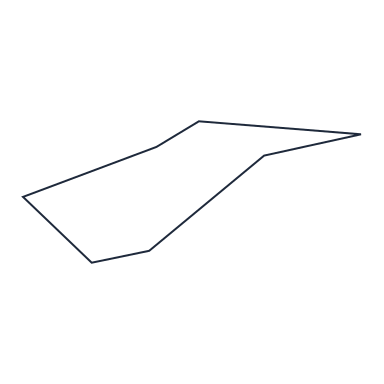 SVG path tracing the border of American Samoa
{"feature_id": "ASM", "entity_name": "American Samoa", "entity_type": "country or territory", "adm_level": 0, "iso_a3": "ASM", "parent_name": "Oceania", "parent_adm1": "", "projection": "orthographic", "projection_center": [-170.708, -14.309], "detail": "fine", "context": "isolated", "style": "outline", "palette": "slate", "viewbox_px": 384, "rotation_deg": 0, "n_neighbors": 0, "source": "natural_earth", "source_scale": "50m", "svg_char_len": 221}
<svg xmlns="http://www.w3.org/2000/svg" viewBox="0 0 384 384"><path d="M149.2,250.8L91.7,262.7L23.0,196.9L156.5,146.9L198.9,121.3L361.0,134.3L264.1,155.6L149.2,250.8Z" fill="none" stroke="#1e293b" stroke-width="2"/></svg>